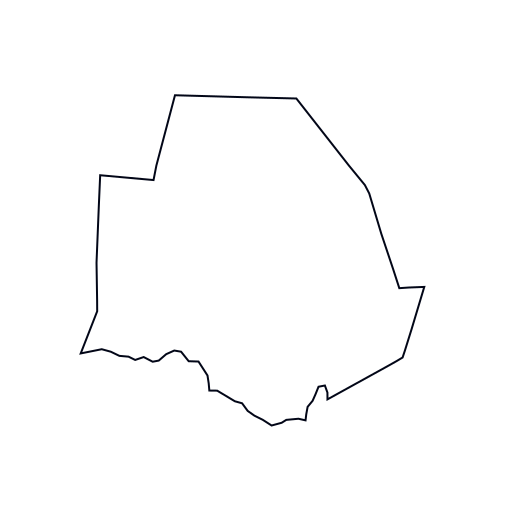 outline of Curral Velho, Paraíba, Brazil, rotated 294°
{"feature_id": "56859067B57325198781008", "entity_name": "Curral Velho", "entity_type": "district", "adm_level": 2, "iso_a3": "BRA", "parent_name": "Brazil", "parent_adm1": "Paraíba", "projection": "equal_earth", "projection_center": [-38.205, -7.54], "detail": "fine", "context": "isolated", "style": "outline", "palette": "ink", "viewbox_px": 512, "rotation_deg": 294, "n_neighbors": 0, "source": "geoboundaries", "source_scale": "gbopen_adm2", "svg_char_len": 882}
<svg xmlns="http://www.w3.org/2000/svg" viewBox="0 0 512 512"><g transform="rotate(294 256 256)"><path d="M95.7,135.5L108.1,153.0L109.5,162.3L109.2,171.8L112.2,180.5L111.9,187.9L118.0,194.5L117.4,204.6L120.9,209.7L129.8,213.9L136.4,219.8L138.1,226.5L132.5,237.3L136.2,246.4L127.1,260.3L120.4,264.6L114.1,268.1L117.2,275.3L114.7,295.8L115.8,303.2L111.1,311.4L109.5,319.5L109.1,328.8L107.5,339.2L114.1,347.3L118.6,350.3L124.6,361.0L126.0,368.1L131.8,366.3L139.2,364.5L146.7,366.6L153.8,366.6L162.0,366.3L165.7,371.6L160.3,376.8L154.1,379.6L210.2,422.0L217.2,427.2L222.9,431.2L230.1,430.5L252.4,427.9L296.2,422.3L289.3,408.3L284.9,400.0L299.7,386.7L327.3,361.4L359.2,334.0L365.1,326.6L376.4,304.1L416.3,228.8L397.3,183.1L369.9,116.6L298.1,128.2L283.7,131.5L266.4,80.8L239.2,91.5L185.1,113.0L150.2,129.2L140.9,133.4L95.7,135.5Z" fill="none" stroke="#020617" stroke-width="2"/></g></svg>